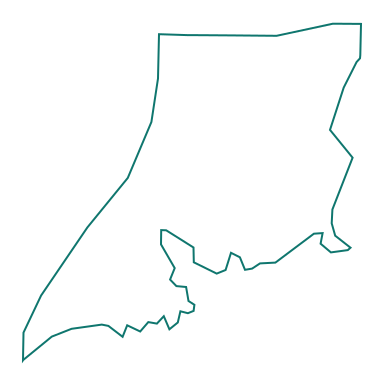 Rakwon, Hamgyŏng-namdo, North Korea (Mercator projection)
{"feature_id": "82179303B33699377246047", "entity_name": "Rakwon", "entity_type": "district", "adm_level": 2, "iso_a3": "PRK", "parent_name": "North Korea", "parent_adm1": "Hamgyŏng-namdo", "projection": "mercator", "projection_center": [127.798, 39.909], "detail": "fine", "context": "isolated", "style": "outline", "palette": "teal", "viewbox_px": 384, "rotation_deg": 0, "n_neighbors": 0, "source": "geoboundaries", "source_scale": "gbopen_adm2", "svg_char_len": 910}
<svg xmlns="http://www.w3.org/2000/svg" viewBox="0 0 384 384"><path d="M23.0,360.3L23.3,359.9L51.8,336.6L71.6,328.8L101.8,324.6L108.4,325.9L122.6,336.8L127.2,325.3L140.2,331.5L148.3,322.1L156.9,323.6L163.8,316.2L169.4,329.3L177.8,322.5L180.4,311.3L187.9,313.2L193.6,310.9L194.4,304.8L188.5,301.0L186.1,287.0L176.4,286.1L170.1,279.6L170.5,278.5L174.7,268.1L161.0,244.4L161.2,230.1L166.2,230.3L193.5,247.5L193.8,262.3L216.7,273.6L225.6,270.0L231.0,252.8L239.9,257.3L245.0,269.8L252.1,268.6L260.0,263.4L275.4,262.6L313.9,233.7L322.6,233.1L320.6,243.7L330.9,252.4L347.8,250.1L350.5,247.7L335.2,235.7L331.7,223.3L332.4,209.5L352.6,157.7L330.0,129.9L343.7,87.6L356.6,62.0L360.0,58.3L360.3,55.1L361.0,23.9L332.9,23.7L276.6,35.8L231.8,35.4L203.8,35.2L186.9,35.1L159.0,34.2L158.7,47.4L158.0,78.5L151.4,122.0L127.8,177.9L87.4,227.4L41.1,295.5L23.5,332.6L23.0,360.3Z" fill="none" stroke="#0f766e" stroke-width="2"/></svg>